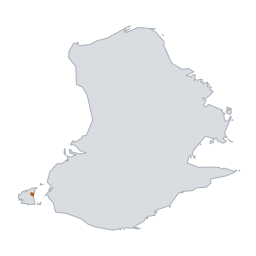 Central Coast (Tas.), Tasmania, Australia (highlighted), rotated 89°
{"feature_id": "25037944B34694615904571", "entity_name": "Central Coast (Tas.)", "entity_type": "district", "adm_level": 2, "iso_a3": "AUS", "parent_name": "Australia", "parent_adm1": "Tasmania", "projection": "equal_earth", "projection_center": [146.11, -41.27], "detail": "fine", "context": "in_parent", "style": "filled", "palette": "amber", "viewbox_px": 256, "rotation_deg": 89, "n_neighbors": 0, "source": "geoboundaries", "source_scale": "gbopen_adm2", "svg_char_len": 4271}
<svg xmlns="http://www.w3.org/2000/svg" viewBox="0 0 256 256"><g transform="rotate(89 128 128)"><path d="M177.4,29.9L180.5,46.7L184.2,45.9L188.5,50.8L189.2,61.0L191.7,64.5L192.3,74.0L194.1,78.8L206.3,87.9L211.0,102.6L212.4,103.3L212.6,100.7L215.3,103.4L215.7,102.1L216.7,109.5L218.3,111.7L221.7,114.0L228.2,126.4L227.7,134.7L230.0,144.5L226.2,162.7L223.8,169.2L217.9,176.6L212.3,191.0L210.9,201.7L201.1,204.2L196.3,208.8L193.2,209.2L194.1,211.8L189.4,208.0L190.1,207.1L189.7,206.2L188.9,206.1L187.3,207.8L186.2,206.8L188.1,205.2L187.0,204.0L180.6,209.8L170.6,206.9L162.7,199.9L162.3,194.4L158.5,189.4L160.0,189.6L159.9,188.1L154.7,189.6L156.2,185.9L154.0,180.4L152.2,186.6L148.4,187.2L148.9,185.2L150.7,185.2L153.1,176.6L152.1,170.1L149.7,176.9L145.9,179.5L143.5,183.5L143.9,185.6L142.4,185.3L139.7,183.1L141.3,183.0L140.0,179.0L137.4,174.5L135.3,173.9L134.8,169.9L119.4,163.1L94.2,168.3L86.4,173.0L83.3,178.8L65.7,179.1L56.8,186.1L50.3,185.6L42.4,180.9L41.8,176.2L43.6,177.0L44.9,174.1L43.8,164.4L40.0,157.0L37.9,147.6L27.6,127.9L31.1,130.0L28.6,124.0L30.3,127.6L32.8,128.6L27.7,116.1L29.3,98.8L30.2,102.9L32.8,98.4L42.4,90.4L46.0,90.8L63.9,83.2L70.3,72.9L69.6,66.1L73.0,61.2L76.4,68.8L77.9,64.6L75.8,61.6L76.3,59.8L82.4,61.0L80.4,60.3L81.6,57.3L80.4,54.7L83.6,54.3L82.4,52.3L85.1,52.1L84.0,49.2L86.3,46.0L86.5,47.9L88.4,47.7L88.4,44.1L91.1,45.4L92.8,42.4L95.7,44.5L99.7,49.5L99.2,53.5L101.7,49.6L107.3,52.2L108.3,50.0L105.8,47.0L111.9,33.2L113.2,34.1L115.4,30.7L116.2,32.2L122.8,31.1L122.6,27.7L118.1,25.3L118.8,24.5L134.9,31.6L139.5,29.0L138.4,31.7L140.4,33.2L142.8,29.9L144.9,32.7L142.5,38.8L139.7,39.4L139.9,43.8L137.4,50.7L152.1,63.2L156.1,64.4L157.3,67.4L163.9,69.5L168.4,58.7L168.6,42.8L169.3,36.8L170.9,35.4L169.7,32.7L173.6,21.1L177.4,29.9ZM186.3,221.2L193.7,224.1L202.5,222.3L203.0,230.5L202.5,229.0L201.6,230.8L201.3,236.2L198.2,234.0L196.2,238.9L192.4,238.5L193.2,237.1L189.9,234.8L188.5,230.6L190.0,231.4L186.5,225.5L186.3,221.2ZM110.5,24.5L115.1,24.5L116.6,26.3L113.6,29.7L110.5,24.5ZM146.9,191.4L154.5,191.1L151.3,192.5L146.9,191.4ZM143.9,42.9L144.8,46.3L141.9,45.7L142.4,43.3L143.9,42.9ZM227.7,125.0L227.6,121.3L228.8,118.1L229.2,120.4L227.7,125.0ZM200.5,216.2L203.0,216.9L203.0,218.1L200.5,216.2ZM110.1,25.5L111.8,28.9L108.8,28.7L110.1,25.5ZM183.5,216.7L182.1,216.4L182.9,214.4L183.5,216.7ZM159.6,61.8L158.2,62.8L156.8,63.4L157.5,61.4L159.6,61.8ZM27.5,127.0L26.2,125.2L26.0,123.5L27.5,127.0ZM202.5,219.2L203.4,220.0L201.6,219.4L202.5,219.2ZM217.7,110.0L218.7,110.0L218.7,111.7L217.7,110.0ZM192.7,73.8L193.9,74.8L193.7,75.4L192.7,73.8ZM198.1,236.9L198.2,238.2L197.3,237.8L198.1,236.9ZM229.3,136.1L229.3,138.1L229.2,138.1L229.3,136.1ZM122.3,24.4L121.5,23.4L122.0,23.0L122.3,24.4ZM143.8,24.5L142.7,26.3L144.0,23.3L143.8,24.5ZM229.5,133.6L229.0,134.3L229.3,133.6L229.5,133.6ZM145.9,55.8L145.2,56.2L145.6,55.4L145.9,55.8ZM141.6,42.8L140.8,43.0L141.2,41.9L141.6,42.8ZM35.9,90.5L35.8,91.8L35.4,91.7L35.9,90.5ZM172.3,20.3L172.2,21.5L171.9,20.6L172.3,20.3ZM188.9,206.6L189.1,207.3L188.8,207.1L188.9,206.6ZM142.4,26.8L140.9,27.9L142.4,26.5L142.4,26.8ZM84.1,47.6L83.6,48.4L83.9,47.4L84.1,47.6ZM198.6,235.9L198.2,236.2L198.4,235.7L198.6,235.9ZM159.0,65.8L158.1,65.8L158.6,65.1L159.0,65.8ZM81.2,53.7L80.8,54.2L80.8,53.1L81.2,53.7ZM202.2,233.1L201.6,233.5L201.8,232.8L202.2,233.1ZM172.8,17.1L172.7,17.9L172.2,17.5L172.8,17.1ZM188.5,207.5L189.2,208.1L188.1,207.9L188.5,207.5ZM207.8,87.8L207.2,87.8L207.4,86.9L207.8,87.8ZM212.2,100.6L211.9,100.6L212.1,99.9L212.2,100.6ZM186.6,220.1L186.4,220.6L186.2,220.0L186.6,220.1Z" fill="#d9dde1" stroke="#a8b0b8" stroke-width="1"/><path d="M191.5,225.3L191.5,226.0L192.0,225.9L192.6,225.9L192.6,225.7L192.8,225.5L192.8,225.4L193.0,225.3L193.0,225.2L193.1,224.9L193.2,225.0L193.2,224.9L193.3,224.8L193.4,224.7L193.4,224.4L193.4,224.2L193.2,224.1L192.9,224.1L193.0,224.1L192.9,224.1L193.0,224.2L192.9,224.2L193.0,224.1L192.9,224.1L193.0,224.1L192.9,224.0L192.8,223.9L192.7,223.9L192.4,223.8L192.4,223.7L192.2,223.6L192.1,223.8L192.0,224.0L191.9,224.3L191.9,224.5L191.8,224.8L191.7,224.8L191.8,224.8L191.7,224.8L191.6,225.0L191.5,225.3L191.5,225.3ZM193.5,224.1L193.4,224.1L193.4,224.3L193.4,224.2L193.4,224.3L193.5,224.3L193.4,224.3L193.4,224.2L193.5,224.1L193.5,224.1Z" fill="#f59e0b" stroke="#b45309" stroke-width="1.5"/></g></svg>